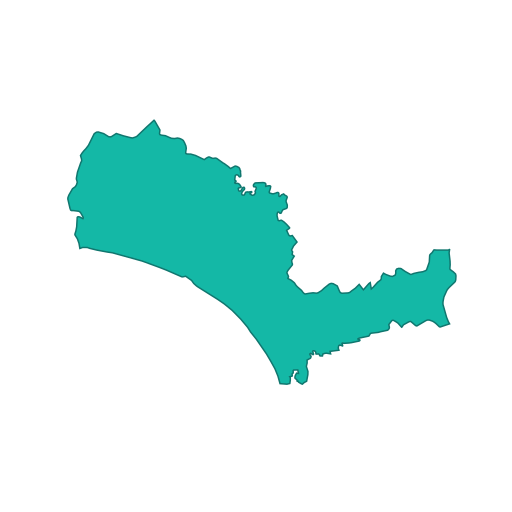 the district of Dien Chau, Nghệ An, Vietnam, rotated 119°
{"feature_id": "81297802B64936965881183", "entity_name": "Dien Chau", "entity_type": "district", "adm_level": 2, "iso_a3": "VNM", "parent_name": "Vietnam", "parent_adm1": "Nghệ An", "projection": "mercator", "projection_center": [105.563, 19.021], "detail": "fine", "context": "isolated", "style": "filled", "palette": "teal", "viewbox_px": 512, "rotation_deg": 119, "n_neighbors": 0, "source": "geoboundaries", "source_scale": "gbopen_adm2", "svg_char_len": 6129}
<svg xmlns="http://www.w3.org/2000/svg" viewBox="0 0 512 512"><g transform="rotate(119 256 256)"><path d="M356.0,173.1L353.1,166.8L351.1,164.6L348.2,165.7L346.5,166.6L345.7,167.1L345.2,168.0L343.6,166.2L343.1,166.3L341.7,167.2L341.3,167.3L340.5,166.8L340.0,166.9L338.1,168.0L337.5,167.8L335.4,164.2L338.1,161.9L338.8,163.7L341.4,163.7L342.9,163.3L343.6,162.9L344.1,162.4L344.4,160.3L344.9,159.8L345.4,159.5L345.6,159.2L345.1,158.4L345.7,157.6L345.8,154.4L345.6,153.3L343.3,152.5L341.0,151.0L334.7,153.1L331.8,154.6L328.3,158.3L327.6,158.6L324.8,159.4L322.2,160.9L319.3,159.0L318.6,158.8L317.2,159.1L316.7,159.7L316.2,161.0L315.7,161.4L315.1,161.3L314.6,161.0L314.7,158.8L314.6,158.3L314.3,158.0L313.8,158.1L312.0,160.2L311.4,160.2L311.0,159.8L310.7,159.1L310.7,157.9L311.0,157.3L312.6,156.0L312.3,155.2L311.3,153.8L311.5,152.7L312.3,152.0L312.1,150.9L311.2,149.4L309.3,150.0L307.8,148.6L306.9,147.4L305.4,143.3L303.5,145.0L298.2,137.8L296.6,139.5L294.3,140.2L293.5,139.8L293.1,138.8L292.7,136.7L292.3,136.8L290.8,138.4L290.3,138.3L289.7,136.7L287.0,132.5L285.5,130.5L280.5,124.7L280.0,124.3L279.4,124.2L279.1,124.4L279.0,124.7L279.4,126.3L279.0,126.7L278.7,126.6L277.4,125.5L271.7,118.9L271.1,118.4L268.6,118.4L267.7,117.9L263.6,112.1L261.8,110.3L257.3,105.1L256.7,104.7L255.3,104.4L254.3,104.5L253.5,104.9L251.6,106.6L246.9,105.9L246.2,105.6L245.6,104.5L245.7,100.9L245.9,99.2L247.7,94.1L247.4,93.9L244.7,93.7L239.3,90.3L238.3,89.1L238.3,88.4L239.5,82.7L239.2,81.4L230.0,76.0L228.8,74.9L228.0,73.4L227.4,69.9L227.5,67.8L227.8,65.9L229.0,61.3L228.8,60.5L221.5,53.8L220.2,55.9L217.3,59.5L207.8,68.9L206.5,69.7L205.0,70.4L200.7,71.8L193.6,72.4L192.2,72.3L189.8,71.8L182.5,69.5L181.6,69.4L180.1,69.7L176.4,71.5L175.0,72.7L174.2,75.7L173.7,79.5L173.4,80.0L172.9,80.4L169.6,81.9L166.4,83.8L159.7,88.6L156.0,90.0L157.0,90.1L157.7,90.9L163.2,100.8L164.3,103.2L164.7,103.4L167.6,103.6L169.6,104.3L170.7,104.5L171.5,104.3L177.3,101.5L185.4,100.1L186.5,100.5L188.9,102.5L191.6,106.0L194.7,109.5L196.5,111.0L197.0,111.5L197.2,112.0L197.2,118.0L196.7,122.9L196.9,123.7L197.7,125.3L199.1,126.6L199.7,126.7L201.3,126.6L203.3,125.4L205.2,125.0L207.7,126.7L208.5,128.7L209.2,133.6L209.2,136.2L213.2,136.4L215.0,135.5L216.4,135.3L220.0,136.9L226.7,138.4L228.9,139.2L223.9,143.2L225.4,143.9L233.5,145.7L230.8,152.0L236.0,153.5L240.2,155.5L242.5,156.4L243.6,157.5L247.0,162.9L247.1,164.7L245.9,166.5L242.8,170.4L242.8,175.1L243.5,177.0L245.0,178.3L251.1,180.8L254.5,181.9L258.1,183.9L259.2,185.1L260.5,188.2L262.9,191.5L265.4,194.6L265.5,195.5L265.1,197.2L264.0,199.5L262.9,204.8L262.3,206.7L260.9,209.3L260.7,210.1L260.1,213.4L260.2,217.2L259.9,217.4L258.4,217.5L257.8,218.1L255.8,220.8L255.2,221.0L253.3,221.1L246.2,219.9L245.4,220.2L244.2,221.5L242.5,222.7L237.6,222.5L237.2,225.1L234.6,226.0L233.8,227.5L233.4,227.8L229.0,228.0L223.9,226.9L220.5,234.2L221.9,235.7L222.0,236.8L221.7,237.6L218.7,241.7L215.6,240.2L215.1,240.2L214.9,240.5L213.5,244.6L212.6,248.2L212.4,251.0L212.6,251.5L213.9,252.7L214.1,253.7L213.9,254.1L210.6,257.1L208.8,258.0L207.5,258.2L206.9,258.0L206.5,257.4L207.0,255.9L206.8,255.3L206.2,254.8L203.9,255.0L202.7,254.9L202.0,254.5L199.9,252.6L199.0,252.2L198.3,252.3L196.3,253.3L194.1,255.8L193.5,256.3L192.8,256.6L189.7,257.1L189.1,257.5L188.8,258.1L188.7,259.2L188.8,260.2L188.3,261.9L190.1,263.3L192.3,263.9L192.6,264.5L192.5,265.0L190.1,266.4L189.8,267.0L189.8,267.6L190.2,268.3L191.4,269.2L193.3,271.1L193.7,272.0L194.3,274.7L193.7,275.5L189.9,276.2L188.0,276.9L187.8,277.4L188.0,278.3L189.1,279.9L190.4,281.2L190.2,281.5L189.1,281.8L188.3,282.3L187.8,283.1L188.0,284.6L188.5,285.7L192.2,291.7L192.8,292.3L193.3,292.5L194.8,292.7L195.4,292.6L196.1,292.1L196.5,291.6L196.4,291.1L195.8,290.1L195.9,289.4L196.2,288.9L196.7,288.6L197.6,288.4L199.9,288.2L200.8,287.3L201.3,287.0L203.2,287.2L203.9,287.7L204.6,288.4L204.8,289.1L204.6,291.3L204.3,291.6L203.9,291.6L202.7,290.6L202.3,290.6L201.9,290.9L201.9,291.3L203.6,293.4L204.2,294.8L205.2,295.9L205.5,296.0L207.5,295.8L208.3,295.9L208.8,296.4L209.2,297.2L209.2,297.9L208.9,298.4L208.1,298.9L207.1,299.1L205.6,299.0L203.5,298.4L202.6,298.6L202.0,299.1L201.7,299.8L202.2,300.5L202.5,300.7L206.5,300.9L207.0,301.4L207.3,302.2L207.3,302.7L206.9,303.2L205.5,304.3L205.0,304.2L203.3,302.4L202.9,302.5L202.5,302.9L201.4,305.0L201.2,306.2L201.3,307.2L202.4,309.0L202.5,309.6L202.2,310.1L201.8,310.3L200.7,309.6L200.3,309.7L200.0,310.1L199.8,311.5L195.8,313.1L194.4,312.5L194.1,311.9L194.1,310.3L194.6,309.6L194.8,309.0L194.7,308.5L194.1,308.1L193.6,308.0L193.0,308.3L189.9,310.4L189.2,310.6L188.3,311.9L187.4,312.7L186.9,313.9L186.9,316.0L187.2,317.3L187.5,317.9L191.7,320.6L191.8,320.8L191.2,323.7L190.6,328.4L190.6,330.0L189.7,337.6L189.8,338.3L190.1,339.1L191.3,340.7L191.7,341.6L192.0,344.7L192.5,345.6L194.3,346.8L196.8,348.0L197.4,357.7L198.5,362.5L200.0,365.3L200.4,366.6L200.2,367.3L198.8,368.0L195.6,369.2L193.7,370.7L191.6,373.4L190.2,375.6L190.0,377.5L190.2,379.7L190.9,381.9L192.7,384.1L194.0,386.9L194.3,389.0L194.7,393.6L196.2,397.4L196.4,399.0L195.8,399.7L192.4,401.1L187.1,409.8L186.7,411.0L195.6,414.0L209.1,418.2L210.4,419.1L212.7,421.3L213.4,423.4L215.2,430.3L216.6,437.6L221.5,440.2L222.5,441.2L223.1,442.7L222.8,448.5L224.0,454.1L225.0,455.5L226.2,456.2L227.6,456.8L240.4,456.2L244.6,456.8L247.7,457.6L250.1,458.0L253.2,458.2L255.8,455.6L257.3,454.6L259.4,454.5L269.2,452.8L274.8,450.9L275.8,450.4L277.2,448.9L278.4,448.0L281.1,447.5L283.1,447.7L286.1,449.1L293.5,449.2L296.1,448.8L297.4,448.2L304.4,441.9L305.7,440.4L305.7,439.4L304.7,437.5L302.8,432.7L302.9,431.1L303.5,429.8L305.8,426.1L306.3,425.6L307.2,425.4L307.3,425.7L307.3,428.9L307.7,430.3L308.3,431.0L308.9,431.1L317.4,427.0L321.3,425.7L324.6,425.0L325.3,424.6L327.6,420.5L330.8,416.9L334.8,413.7L332.6,411.8L330.3,407.6L329.9,405.0L327.9,397.8L324.7,388.2L322.8,383.1L315.6,353.1L312.8,335.1L311.8,327.6L310.2,310.9L309.8,310.0L307.8,307.7L308.6,300.5L310.2,297.1L311.0,293.6L311.2,291.9L312.5,268.4L313.3,260.4L315.1,250.5L318.6,238.7L322.4,228.8L325.1,223.9L328.5,215.6L336.6,199.3L340.8,192.2L345.4,184.8L350.4,178.6L356.0,173.1Z" fill="#14b8a6" stroke="#0f766e" stroke-width="1.5"/></g></svg>